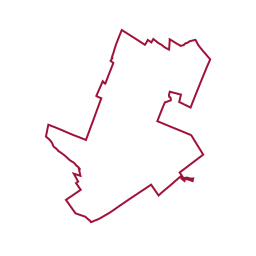 outline of Lupsanu, Calarasi, Romania, rotated 281°
{"feature_id": "2599482B13609226917732", "entity_name": "Lupsanu", "entity_type": "district", "adm_level": 2, "iso_a3": "ROU", "parent_name": "Romania", "parent_adm1": "Calarasi", "projection": "natural_earth1", "projection_center": [26.944, 44.379], "detail": "fine", "context": "isolated", "style": "outline", "palette": "rose", "viewbox_px": 256, "rotation_deg": 281, "n_neighbors": 0, "source": "geoboundaries", "source_scale": "gbopen_adm2", "svg_char_len": 3129}
<svg xmlns="http://www.w3.org/2000/svg" viewBox="0 0 256 256"><g transform="rotate(281 128 128)"><path d="M211.1,195.6L218.0,186.8L219.7,184.8L219.8,184.6L220.9,183.3L221.0,183.2L223.0,181.0L224.6,179.7L226.2,178.4L227.4,177.4L226.8,176.0L225.8,173.9L225.2,172.5L224.5,171.5L223.4,170.6L222.6,169.4L222.0,168.2L221.5,167.7L220.5,167.2L219.8,166.5L219.4,165.5L218.9,164.5L218.6,163.8L219.1,163.2L219.2,162.6L219.3,162.3L219.5,161.6L220.3,159.3L221.1,157.2L222.8,152.7L223.0,152.0L220.2,152.5L214.0,153.2L212.8,153.3L213.2,152.0L213.6,150.3L214.0,149.3L214.4,148.3L214.7,147.5L215.1,146.9L215.6,145.9L216.0,145.1L216.3,144.2L216.6,143.3L217.0,142.2L217.4,141.2L217.9,140.2L218.5,139.2L219.2,137.7L219.8,136.6L220.0,136.3L220.2,135.9L216.5,134.6L218.2,130.6L216.9,130.2L216.4,130.1L214.4,129.4L212.9,128.7L216.8,119.0L218.5,114.7L221.1,108.0L222.8,103.7L223.0,103.2L215.3,101.7L207.7,100.3L206.7,100.2L202.7,99.7L201.3,99.6L200.3,99.5L198.3,99.3L197.2,99.1L196.8,99.0L195.6,98.9L194.0,98.7L193.7,99.3L190.6,98.1L189.0,101.2L182.9,100.1L177.1,99.0L167.4,97.3L167.2,97.2L167.3,96.6L167.5,96.3L169.1,94.3L153.5,90.8L153.4,91.3L153.0,91.8L152.1,96.1L127.1,92.1L114.3,90.0L108.2,89.0L108.5,87.8L108.6,87.0L109.7,81.4L109.9,79.9L110.2,78.6L110.3,77.8L110.4,77.3L110.7,75.5L111.0,74.2L111.3,72.5L111.9,69.9L112.3,67.9L112.7,66.4L112.7,66.2L112.7,65.8L112.8,65.6L113.4,63.2L113.6,61.9L114.9,55.7L115.0,54.9L115.1,54.2L115.5,52.3L115.7,51.0L116.0,49.2L112.2,49.1L108.3,49.1L103.9,49.1L103.5,49.8L103.3,50.2L103.1,50.5L102.5,51.7L101.3,53.5L100.2,54.9L98.6,56.5L97.1,57.4L95.7,58.4L94.9,59.6L94.8,60.1L94.4,60.9L93.4,62.5L92.1,64.1L91.8,64.9L90.5,67.9L88.8,71.4L86.4,75.2L85.8,76.1L85.4,76.8L84.5,78.9L83.9,80.8L83.4,81.7L82.9,82.6L82.3,83.3L81.9,83.7L81.7,84.0L81.4,84.1L80.0,87.0L79.8,87.1L79.2,87.7L78.9,88.2L78.4,88.5L78.0,88.5L77.8,88.3L77.8,87.9L72.0,90.4L72.8,83.5L65.9,89.3L64.0,87.5L58.3,93.4L45.6,80.8L39.1,87.6L34.2,92.8L33.8,95.5L32.8,102.9L30.1,107.5L30.1,107.8L29.7,108.3L29.4,108.8L29.0,109.2L28.8,109.4L28.6,109.5L28.7,109.9L29.1,110.5L29.6,111.5L29.9,111.9L31.1,113.4L31.5,114.3L32.2,115.3L33.0,116.4L33.7,117.4L34.3,118.1L36.1,120.2L36.9,121.1L37.3,121.5L37.6,121.9L38.3,122.6L39.3,123.9L40.0,124.6L40.6,125.3L40.7,125.5L40.9,125.6L41.1,125.9L42.0,126.8L44.4,129.2L50.0,134.6L59.5,144.0L66.5,151.1L71.6,156.3L76.8,161.5L67.6,170.9L68.5,171.6L70.2,172.8L71.9,174.1L73.4,175.3L77.2,178.4L79.8,180.5L86.5,185.7L90.4,188.8L89.7,189.3L89.0,189.8L88.6,190.2L88.3,190.6L86.8,193.5L87.7,193.6L88.5,194.2L88.8,194.7L89.0,195.5L88.8,197.9L88.6,199.1L88.2,201.5L90.9,201.6L90.5,200.4L90.4,199.4L90.3,198.3L90.6,195.6L89.9,193.4L89.4,192.2L91.2,190.0L92.0,189.5L92.8,188.6L93.8,187.6L94.2,187.2L95.0,187.9L98.1,190.7L116.2,206.9L132.6,191.8L133.0,191.3L133.2,190.7L135.2,180.8L137.7,168.2L140.3,155.5L152.5,157.7L159.3,159.1L160.4,159.5L160.9,160.9L161.6,161.7L161.8,162.1L163.3,164.7L164.3,164.6L165.0,164.4L165.7,164.0L166.0,163.6L166.3,163.4L166.4,162.6L168.0,161.9L171.6,162.1L170.9,173.6L163.3,173.3L160.0,185.5L173.0,187.9L189.0,191.0L202.6,193.7L209.2,195.2L211.1,195.6Z" fill="none" stroke="#9f1239" stroke-width="2"/></g></svg>